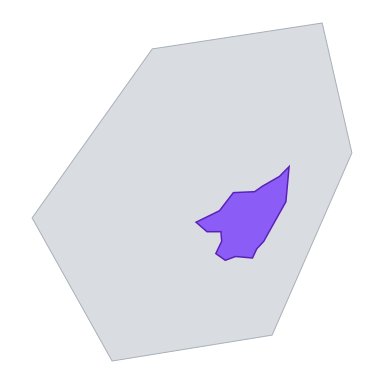 Faetano on a map of San Marino (Equal Earth projection)
{"feature_id": "SMR-4888", "entity_name": "Faetano", "entity_type": "state/province", "adm_level": 1, "iso_a3": "SMR", "parent_name": "San Marino", "parent_adm1": "", "projection": "equal_earth", "projection_center": [12.476, 43.936], "detail": "fine", "context": "in_parent", "style": "filled", "palette": "violet", "viewbox_px": 384, "rotation_deg": 0, "n_neighbors": 0, "source": "natural_earth", "source_scale": "10m", "svg_char_len": 503}
<svg xmlns="http://www.w3.org/2000/svg" viewBox="0 0 384 384"><path d="M272.1,335.1L112.1,361.0L32.1,217.9L152.3,48.9L322.2,23.0L351.9,152.9L272.1,335.1Z" fill="#d9dde1" stroke="#a8b0b8" stroke-width="1"/><path d="M289.1,166.6L285.9,201.7L266.2,236.9L263.7,241.4L256.7,248.9L252.5,258.0L235.6,256.5L225.3,260.3L215.8,253.6L221.7,241.2L220.9,231.7L207.0,231.7L196.0,222.2L219.5,210.7L233.4,192.6L254.6,191.7L262.7,186.0L279.5,176.4L289.1,166.6Z" fill="#8b5cf6" stroke="#5b21b6" stroke-width="1.5"/></svg>